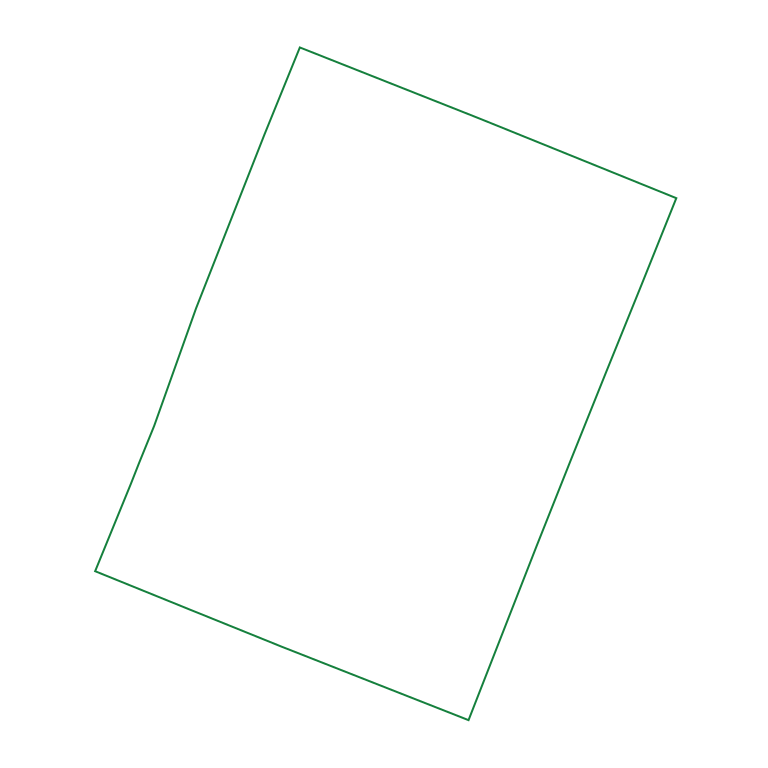 outline of Kent, Michigan, United States of America, rotated 22°
{"feature_id": "52423323B87728930289952", "entity_name": "Kent", "entity_type": "district", "adm_level": 2, "iso_a3": "USA", "parent_name": "United States of America", "parent_adm1": "Michigan", "projection": "natural_earth1", "projection_center": [-85.582, 43.031], "detail": "fine", "context": "isolated", "style": "outline", "palette": "green", "viewbox_px": 768, "rotation_deg": 22, "n_neighbors": 0, "source": "geoboundaries", "source_scale": "gbopen_adm2", "svg_char_len": 381}
<svg xmlns="http://www.w3.org/2000/svg" viewBox="0 0 768 768"><g transform="rotate(22 384 384)"><path d="M179.7,197.5L181.4,384.2L186.6,508.9L186.5,548.7L186.7,571.4L186.3,665.8L287.6,665.9L387.7,665.9L588.3,664.0L586.2,477.4L585.7,385.5L585.5,290.0L585.6,196.2L585.4,102.2L382.4,102.1L373.2,102.1L179.9,103.5L179.7,197.5Z" fill="none" stroke="#15803d" stroke-width="2"/></g></svg>